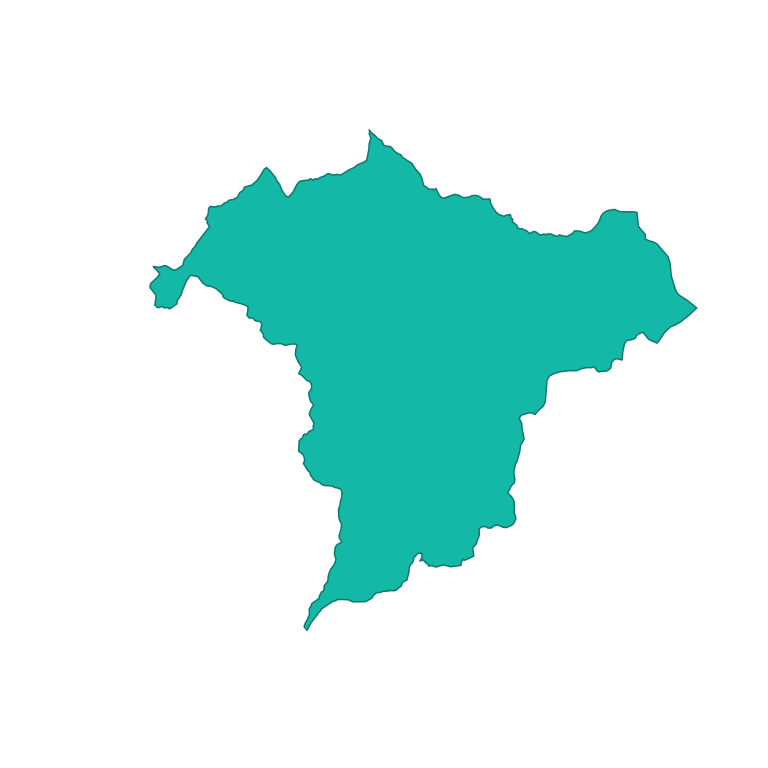 outline of Biertan, Sibiu, Romania, rotated 293°
{"feature_id": "2599482B62458739766524", "entity_name": "Biertan", "entity_type": "district", "adm_level": 2, "iso_a3": "ROU", "parent_name": "Romania", "parent_adm1": "Sibiu", "projection": "natural_earth1", "projection_center": [24.526, 46.113], "detail": "fine", "context": "isolated", "style": "filled", "palette": "teal", "viewbox_px": 768, "rotation_deg": 293, "n_neighbors": 0, "source": "geoboundaries", "source_scale": "gbopen_adm2", "svg_char_len": 6171}
<svg xmlns="http://www.w3.org/2000/svg" viewBox="0 0 768 768"><g transform="rotate(293 384 384)"><path d="M612.4,595.4L619.6,580.5L620.1,576.4L619.4,572.4L619.4,567.9L623.6,566.3L627.5,558.4L628.9,556.4L640.8,549.8L640.2,547.0L635.3,535.4L634.8,533.4L634.8,528.0L631.6,522.9L629.6,520.8L627.0,519.1L623.3,518.2L617.6,518.5L612.6,517.5L606.8,515.3L604.4,513.6L601.5,509.8L601.3,504.9L599.9,500.6L599.1,499.5L596.3,498.7L591.3,494.8L589.9,489.3L590.0,487.4L587.9,486.2L587.3,484.9L587.3,478.8L586.0,475.9L584.4,474.4L584.7,472.7L583.2,471.4L582.1,468.7L583.2,465.0L583.3,463.2L582.7,462.1L579.3,458.9L580.7,455.9L580.8,454.6L580.6,452.0L580.9,450.6L580.0,448.3L579.9,446.7L580.0,446.0L582.0,444.4L583.5,439.0L586.0,438.0L586.5,435.8L588.2,435.1L589.3,433.8L587.3,430.8L585.2,428.7L584.9,423.2L585.7,421.4L585.9,420.1L588.5,415.9L592.2,411.3L594.7,410.0L595.5,409.1L595.6,408.5L594.4,406.8L593.5,403.9L592.4,403.2L593.5,400.9L593.9,397.8L593.2,393.9L591.8,391.6L589.0,388.8L586.8,385.0L586.4,382.8L587.0,379.3L586.1,374.8L578.7,366.8L577.9,365.1L578.8,362.2L579.7,360.6L584.2,355.4L582.3,354.4L582.4,352.2L581.7,351.5L581.0,349.3L582.4,342.8L588.2,338.5L591.2,335.2L594.1,329.1L598.0,323.4L599.8,312.4L601.6,310.0L601.4,307.4L602.3,302.8L603.9,300.1L605.1,297.0L603.8,293.3L603.6,290.5L607.2,286.7L607.4,282.7L609.4,278.0L610.4,274.3L612.3,270.6L610.8,272.3L608.7,272.5L605.2,275.8L599.3,276.5L594.3,278.3L583.1,280.7L579.8,278.3L575.5,274.0L571.8,272.1L567.4,268.1L559.5,262.6L558.3,258.1L556.8,256.4L556.4,255.0L555.9,250.3L552.3,247.9L548.7,244.1L546.4,242.7L546.1,242.1L546.5,241.8L545.7,240.2L544.0,238.9L544.2,236.3L543.7,235.6L542.6,235.2L538.1,227.7L536.1,226.5L533.0,225.8L525.3,225.3L518.6,223.0L518.5,221.4L519.7,218.3L522.8,213.9L526.8,210.1L530.2,204.5L531.6,203.6L535.4,196.3L537.3,191.4L535.0,189.8L527.8,188.9L521.2,187.4L515.3,184.4L511.0,178.9L510.2,178.6L508.8,179.0L507.0,178.4L503.8,176.5L498.5,176.0L494.5,172.8L493.3,170.4L492.0,169.1L490.2,168.6L488.6,166.7L484.3,164.4L482.9,161.6L482.1,161.4L482.1,160.4L481.1,159.6L480.8,158.3L480.1,158.0L480.1,155.7L479.2,154.5L477.2,154.0L471.8,155.7L469.0,155.7L466.2,155.1L465.1,158.1L463.5,157.9L460.6,161.9L440.9,156.7L436.1,156.2L433.8,155.1L428.8,154.7L420.8,151.5L414.5,152.4L408.2,148.2L406.8,146.3L406.6,145.2L407.7,137.2L407.3,136.0L403.6,131.5L402.0,125.9L401.5,126.3L400.3,129.7L397.8,134.6L393.2,133.5L386.1,130.3L384.6,130.0L381.3,130.9L376.6,139.7L367.0,142.2L367.1,142.8L366.0,145.0L366.0,145.8L366.4,147.0L368.6,149.0L368.2,152.0L370.0,154.9L369.4,156.1L369.7,157.6L376.6,161.9L380.1,161.2L386.9,162.4L391.4,161.9L402.1,161.9L408.6,163.4L410.1,171.1L406.2,177.5L405.2,181.8L405.3,183.9L405.9,184.8L406.3,186.8L406.2,192.2L403.8,199.3L402.7,200.9L401.0,202.4L400.5,204.9L400.5,207.3L400.2,209.2L400.8,210.5L400.8,211.9L401.7,212.6L401.0,214.8L402.1,221.0L402.3,227.9L401.1,229.0L397.0,230.3L394.1,230.7L393.4,231.6L392.1,234.0L393.4,237.3L393.3,238.5L392.3,239.6L392.0,241.6L393.1,245.9L391.7,247.6L390.1,248.5L384.9,249.2L384.8,250.2L382.4,253.7L380.1,254.7L379.1,256.9L377.0,264.2L377.3,266.6L379.4,269.7L381.0,273.8L380.9,277.9L384.3,282.7L385.9,286.2L386.1,287.5L385.7,289.1L381.4,289.3L376.2,291.0L370.9,296.3L368.1,300.6L367.0,301.7L360.3,301.4L359.9,304.8L357.1,311.9L357.2,315.1L355.1,317.5L351.9,319.0L346.8,318.2L344.4,319.2L339.5,323.0L337.3,327.4L332.0,326.6L326.9,326.9L320.5,334.9L317.2,335.4L314.4,336.9L311.2,333.5L307.2,332.7L307.1,330.8L305.9,329.8L302.0,329.9L300.5,328.6L298.2,328.2L288.9,331.7L287.3,337.0L286.5,338.1L284.6,339.7L282.3,340.9L279.4,340.8L274.2,348.3L273.7,350.1L270.8,352.6L269.5,355.5L268.6,356.2L268.1,358.8L268.2,363.3L267.3,365.6L267.1,368.3L269.9,376.0L269.4,379.1L270.1,381.6L270.3,384.3L270.0,385.7L268.0,387.5L263.3,389.3L259.9,389.5L255.4,390.8L250.8,391.1L244.0,394.3L240.3,397.2L238.7,399.6L233.9,401.1L226.6,402.0L224.2,403.5L222.7,406.2L222.2,406.4L221.1,406.3L218.0,403.7L214.7,402.9L208.7,404.6L205.9,406.4L204.4,408.0L202.7,408.5L197.5,408.6L192.5,407.3L188.9,407.3L185.1,407.8L180.6,409.3L175.1,407.8L170.6,409.2L169.5,409.0L168.1,407.7L163.5,407.4L161.1,408.0L153.7,403.3L151.3,403.7L147.9,403.0L142.9,405.4L137.4,405.5L132.9,405.0L129.4,405.3L127.2,409.3L135.8,410.2L145.8,412.8L146.8,412.7L150.4,414.2L152.4,414.3L164.0,421.9L165.6,424.2L167.2,425.0L169.2,429.3L171.4,435.4L171.3,440.0L171.6,441.2L176.5,452.2L182.4,456.6L185.3,456.9L188.4,458.3L191.1,462.5L192.9,464.3L195.1,468.8L195.9,469.2L195.9,470.1L196.4,470.7L197.8,474.4L200.0,476.4L202.6,477.3L204.4,478.7L209.1,478.7L212.5,481.7L221.3,480.3L224.2,479.1L226.8,479.0L229.8,479.3L230.4,480.0L231.6,480.2L236.2,479.3L237.9,480.3L240.9,481.0L241.9,482.2L242.3,483.8L243.0,484.6L241.2,485.9L239.3,486.5L235.4,486.3L236.0,487.4L237.4,488.5L235.5,493.1L235.4,494.6L233.9,496.3L235.5,499.0L235.8,503.3L240.7,509.5L241.8,516.6L247.0,525.6L250.1,524.8L251.6,525.2L253.6,525.0L253.1,526.1L253.5,527.4L260.7,533.9L267.7,529.7L273.3,531.5L276.6,530.8L279.2,531.1L283.6,530.3L287.8,528.0L290.8,529.7L291.2,530.4L292.5,533.8L292.0,536.1L293.4,539.0L296.6,540.8L298.4,543.1L298.8,547.1L298.6,549.2L299.6,552.7L303.8,556.7L305.8,557.7L308.7,558.1L311.8,557.9L314.1,556.3L316.6,553.9L319.5,553.2L327.1,549.4L330.1,545.4L331.2,542.7L331.6,540.5L339.9,541.0L344.5,542.6L348.1,541.4L350.4,539.6L353.5,538.0L360.1,536.6L363.0,536.2L363.4,536.6L365.2,536.6L374.1,535.5L381.4,533.6L384.8,534.3L388.5,534.3L396.6,528.7L401.6,526.0L405.4,521.8L409.0,522.7L413.7,528.1L415.2,531.3L414.9,534.3L415.4,535.1L420.8,536.8L425.4,539.1L430.5,539.5L451.1,532.6L455.9,533.1L460.0,536.5L464.0,541.1L468.7,549.4L471.7,556.4L475.2,559.6L478.4,564.4L480.0,568.4L481.5,570.1L481.7,570.9L479.2,575.7L479.2,577.3L480.7,579.3L482.2,582.9L483.6,584.5L486.5,586.2L487.9,586.4L493.0,585.2L496.3,586.2L497.5,587.3L498.5,589.2L499.0,593.5L500.1,593.6L506.5,591.3L514.8,589.7L519.0,590.4L520.6,593.3L523.8,597.1L527.9,597.8L529.3,598.5L532.8,602.0L528.9,609.5L528.4,611.3L528.3,619.2L528.8,619.7L540.7,622.1L545.2,623.8L549.2,625.9L552.4,629.2L557.0,632.7L567.0,638.1L576.2,642.1L579.6,630.2L580.9,621.8L582.2,618.4L585.1,615.1L595.5,606.4L607.1,600.0L612.4,595.4Z" fill="#14b8a6" stroke="#0f766e" stroke-width="1.5"/></g></svg>